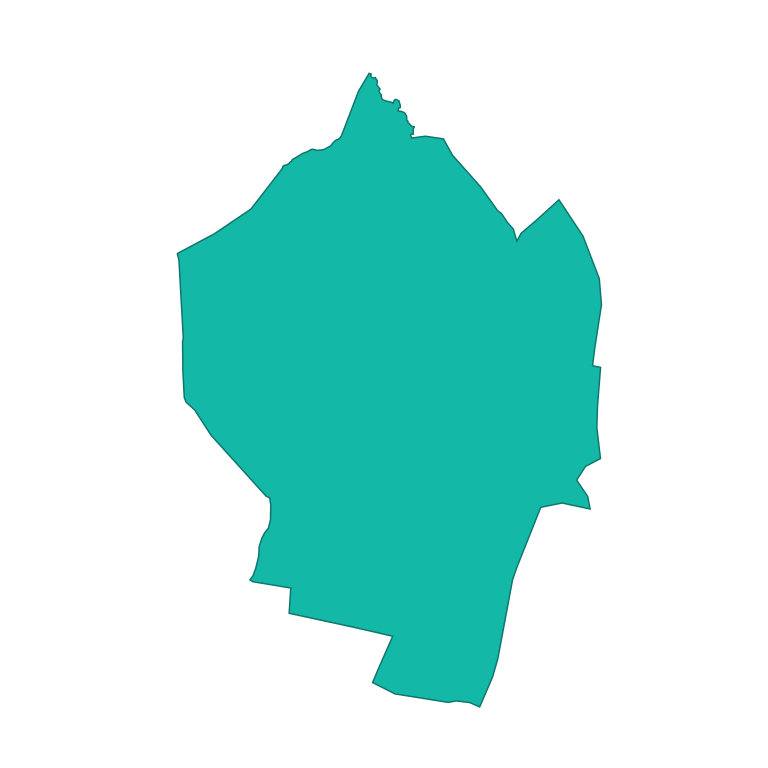 Silame, Sokoto, Nigeria, rotated 100°
{"feature_id": "59680162B89701706643364", "entity_name": "Silame", "entity_type": "district", "adm_level": 2, "iso_a3": "NGA", "parent_name": "Nigeria", "parent_adm1": "Sokoto", "projection": "orthographic", "projection_center": [4.756, 12.99], "detail": "fine", "context": "isolated", "style": "filled", "palette": "teal", "viewbox_px": 768, "rotation_deg": 100, "n_neighbors": 0, "source": "geoboundaries", "source_scale": "gbopen_adm2", "svg_char_len": 2166}
<svg xmlns="http://www.w3.org/2000/svg" viewBox="0 0 768 768"><g transform="rotate(100 384 384)"><path d="M291.5,610.1L291.9,610.0L297.5,607.5L297.9,607.4L373.8,589.6L377.5,589.7L406.2,584.3L432.2,578.3L436.3,575.7L442.4,566.0L464.6,545.3L514.9,480.7L516.0,476.8L523.2,474.4L531.3,473.2L537.3,472.2L546.1,472.8L551.2,475.7L557.1,477.5L566.1,478.7L574.9,477.5L581.9,477.9L588.5,478.4L595.6,479.7L600.2,482.0L601.5,478.8L601.1,440.1L602.9,440.2L626.3,437.6L628.9,369.9L630.9,331.6L663.0,339.5L680.0,343.4L687.3,319.3L686.4,265.5L683.6,257.9L682.8,244.5L685.4,233.7L653.7,226.2L634.7,224.2L554.3,223.4L540.9,221.2L478.2,208.2L470.3,188.0L471.3,159.3L459.3,163.9L445.2,177.6L430.1,171.2L419.8,157.9L390.0,166.8L368.7,169.9L330.0,173.6L329.8,181.8L311.3,182.7L268.1,183.6L242.8,190.3L203.8,213.7L172.2,243.7L196.8,262.8L211.7,275.1L220.3,278.0L217.7,279.3L209.0,283.5L203.3,290.7L195.7,297.9L193.6,302.1L172.9,323.3L146.9,356.2L132.3,368.0L132.3,369.0L132.8,386.3L135.0,393.3L137.0,399.5L134.6,400.9L133.4,400.9L133.1,399.6L132.8,398.5L131.7,398.9L130.4,399.1L129.2,399.1L127.3,399.5L126.3,398.9L125.4,399.0L125.3,399.8L125.5,400.8L125.6,401.1L124.7,402.4L123.4,404.0L122.6,405.7L121.1,406.0L120.3,407.5L118.8,407.6L116.2,408.3L113.3,410.9L112.5,414.2L112.7,417.4L111.6,417.5L111.4,417.5L110.0,417.7L108.9,415.9L106.6,416.4L104.2,417.7L102.4,418.6L102.2,419.9L101.6,421.6L102.5,423.0L104.0,423.5L106.0,423.7L105.2,425.5L105.1,427.9L104.9,431.3L104.4,434.4L103.6,435.3L102.9,435.9L101.1,436.8L99.6,436.9L98.1,438.8L95.7,439.8L94.3,439.0L93.2,440.3L91.7,441.8L90.8,443.0L89.0,443.0L87.5,443.1L86.1,443.4L85.2,444.9L84.4,445.1L83.7,445.9L84.6,447.5L84.2,449.3L83.5,450.0L82.6,450.7L81.0,450.4L80.8,452.4L80.7,452.6L99.9,459.9L147.3,469.1L148.2,469.7L149.3,470.1L151.1,471.7L152.1,473.5L153.9,475.2L159.3,478.3L161.0,480.8L163.1,483.1L164.3,485.9L165.3,489.4L165.5,491.8L165.2,493.7L165.2,495.0L165.7,496.5L168.4,499.6L170.9,503.9L174.3,507.9L176.5,510.3L178.9,513.3L180.9,513.7L181.5,514.8L183.5,516.0L185.1,517.8L185.7,519.5L186.7,520.9L187.8,521.5L189.3,521.5L234.8,545.4L265.4,577.0L290.0,608.4L291.5,610.1Z" fill="#14b8a6" stroke="#0f766e" stroke-width="1.5"/></g></svg>